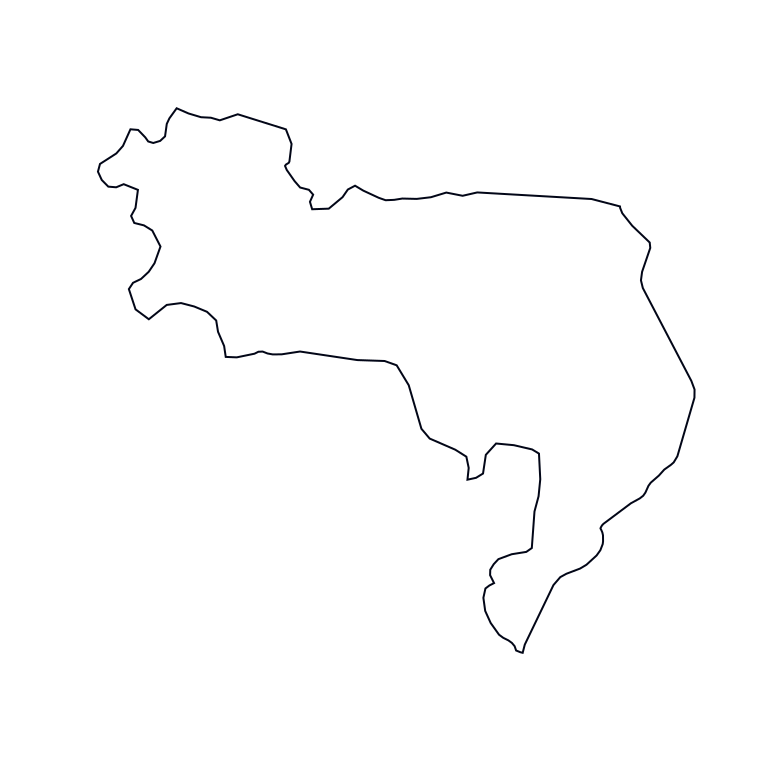 the State of Katsina, rotated 97°
{"feature_id": "NGA-2870", "entity_name": "Katsina", "entity_type": "State", "adm_level": 1, "iso_a3": "NGA", "parent_name": "Nigeria", "parent_adm1": "", "projection": "natural_earth1", "projection_center": [7.789, 12.229], "detail": "fine", "context": "isolated", "style": "outline", "palette": "ink", "viewbox_px": 768, "rotation_deg": 97, "n_neighbors": 0, "source": "natural_earth", "source_scale": "10m", "svg_char_len": 2125}
<svg xmlns="http://www.w3.org/2000/svg" viewBox="0 0 768 768"><g transform="rotate(97 384 384)"><path d="M359.8,74.2L420.0,84.0L426.5,86.9L429.2,89.3L434.8,95.4L441.4,100.0L449.4,107.2L452.8,109.1L459.9,111.3L460.1,111.4L463.3,113.1L466.4,116.2L472.3,124.4L496.0,149.1L497.8,150.4L500.2,151.4L501.1,151.5L502.0,150.8L504.7,149.2L507.5,148.2L513.4,147.4L516.2,147.4L522.6,149.0L528.3,152.1L538.7,161.0L543.3,166.9L550.1,179.8L554.2,185.5L562.9,191.3L625.5,212.5L633.9,213.6L633.6,216.0L632.4,220.4L628.3,222.4L625.4,225.5L623.3,229.3L621.4,234.7L618.8,239.3L608.2,249.0L596.9,255.9L584.1,259.3L574.6,258.4L571.1,254.8L568.2,250.5L560.8,255.4L555.4,255.9L549.4,253.1L543.9,249.1L537.4,236.5L533.3,222.3L528.8,217.3L492.2,219.1L476.6,216.9L459.5,217.3L434.2,221.7L430.9,229.0L428.9,247.6L429.4,265.5L441.9,274.3L460.8,274.8L465.9,281.2L468.8,289.5L457.0,289.7L446.1,293.4L440.5,305.3L432.6,332.0L423.9,341.4L382.2,359.3L363.9,373.7L361.1,386.2L363.5,413.4L362.0,471.3L367.0,489.1L368.2,498.0L367.9,503.3L366.6,508.4L367.3,512.6L369.7,516.2L375.5,533.4L376.4,544.4L365.8,547.3L352.4,555.1L341.4,558.3L333.9,568.5L330.2,581.8L328.4,595.3L332.0,609.3L348.4,625.3L340.2,639.7L320.9,648.8L314.1,645.4L309.4,638.0L301.3,631.2L292.1,626.5L274.8,622.6L259.9,632.7L255.8,641.6L254.6,651.5L248.0,655.5L239.5,652.1L221.3,651.9L217.4,666.7L221.4,673.8L221.7,681.7L215.9,689.0L208.1,693.8L200.2,692.7L187.8,677.8L179.5,672.1L162.1,666.7L161.8,659.0L168.3,651.0L172.0,647.6L172.9,642.4L170.0,635.8L164.9,631.5L152.3,631.3L146.5,629.4L135.6,623.4L139.3,611.0L141.5,598.1L140.8,588.3L142.3,579.1L134.1,562.0L143.2,512.4L157.0,505.0L174.7,505.0L176.1,505.5L178.2,508.1L179.6,508.8L183.4,506.6L193.5,497.5L199.2,491.2L200.4,482.2L204.7,477.4L212.2,479.7L219.3,476.6L216.7,460.2L203.6,447.9L195.4,443.6L190.7,436.9L194.6,428.1L199.8,412.0L201.4,404.8L200.0,396.4L197.7,388.4L196.3,374.1L192.9,360.2L186.4,345.5L187.6,328.9L182.5,314.8L175.1,200.5L179.0,171.4L180.4,171.1L185.5,168.3L196.7,156.9L211.2,137.5L216.5,136.3L241.2,141.5L249.8,141.6L257.2,138.8L343.5,79.3L351.6,75.1L359.8,74.2Z" fill="none" stroke="#020617" stroke-width="2"/></g></svg>